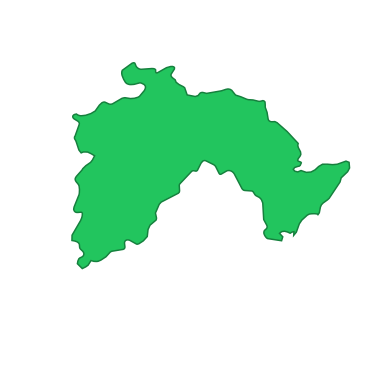 outline of Olomoucký, rotated 111°
{"feature_id": "CZE-10372", "entity_name": "Olomoucký", "entity_type": "Region", "adm_level": 1, "iso_a3": "CZE", "parent_name": "Czechia", "parent_adm1": "", "projection": "robinson", "projection_center": [17.195, 49.847], "detail": "fine", "context": "isolated", "style": "filled", "palette": "green", "viewbox_px": 384, "rotation_deg": 111, "n_neighbors": 0, "source": "natural_earth", "source_scale": "10m", "svg_char_len": 4189}
<svg xmlns="http://www.w3.org/2000/svg" viewBox="0 0 384 384"><g transform="rotate(111 192 192)"><path d="M122.6,56.5L125.3,57.8L129.7,57.4L148.8,61.7L150.8,62.7L155.2,65.6L157.6,66.6L160.1,66.7L165.8,65.7L168.0,66.3L167.6,66.9L168.2,69.4L169.4,72.4L170.5,74.5L172.3,76.1L178.9,79.4L183.3,80.4L192.1,80.2L196.0,81.5L192.5,82.6L193.0,83.5L193.7,84.3L194.5,85.0L195.3,85.6L195.1,88.6L195.5,91.6L196.8,94.0L199.2,95.5L201.3,91.2L205.4,90.9L208.4,104.7L208.2,105.8L207.6,107.0L206.8,108.2L205.8,109.3L204.6,110.2L203.3,110.6L202.0,110.6L199.4,109.3L198.3,109.2L197.2,109.5L196.3,110.2L192.0,115.2L176.9,122.0L174.4,124.3L173.5,125.7L172.9,127.4L172.5,130.9L172.0,132.2L170.1,134.7L169.7,135.5L169.6,136.5L171.7,143.4L171.8,144.5L171.5,145.6L170.9,146.6L159.8,159.2L159.1,160.4L158.6,161.7L158.4,163.1L158.5,164.4L158.9,165.7L159.6,166.9L164.8,171.1L165.3,171.8L165.4,172.5L165.0,173.3L159.7,179.1L159.1,180.2L158.7,181.6L157.9,190.2L158.0,191.3L158.5,192.2L159.3,193.0L161.8,193.9L169.8,194.7L170.7,195.2L171.1,195.8L171.6,198.3L172.0,199.0L172.8,199.7L188.8,206.3L190.1,206.4L195.4,204.0L196.7,203.8L198.0,204.3L212.4,217.1L215.2,218.2L224.7,218.6L229.0,215.8L230.1,215.5L231.1,215.5L238.0,219.3L242.8,219.6L249.6,217.8L255.0,219.9L259.3,223.0L260.2,224.1L260.5,225.1L259.4,232.9L259.6,234.5L260.2,235.8L261.2,236.7L262.5,237.0L263.7,236.8L267.2,235.0L268.2,234.7L269.3,234.9L270.3,235.8L276.1,245.7L277.4,246.8L283.3,249.1L288.3,252.7L290.3,254.8L291.0,256.0L291.9,258.7L292.2,261.7L297.6,262.8L300.0,264.4L302.8,267.0L300.0,273.3L297.3,273.8L295.0,273.7L293.9,273.2L292.1,271.5L291.2,270.9L290.2,270.6L289.2,270.6L288.2,270.9L287.3,271.6L286.5,272.7L285.3,275.6L284.7,276.5L283.9,277.1L281.6,278.2L280.9,278.7L280.3,279.5L279.9,280.6L279.7,281.8L279.8,284.1L280.3,286.7L275.3,288.5L258.8,285.8L255.9,285.7L253.8,285.9L251.5,286.6L250.8,287.1L250.5,287.8L250.8,288.8L252.0,291.2L252.5,292.7L252.5,293.8L252.1,294.8L251.5,295.5L250.7,296.2L249.5,296.5L248.2,296.7L234.8,296.5L233.4,296.8L230.1,297.9L227.7,299.1L226.7,299.7L225.9,300.5L225.0,301.9L224.2,303.4L223.2,304.8L222.1,305.6L221.0,305.9L219.0,305.6L211.0,302.6L209.3,302.3L205.4,300.5L200.7,297.3L197.8,296.4L196.7,296.3L193.1,295.9L192.4,299.7L192.1,303.8L193.6,307.8L195.2,309.5L193.5,312.4L192.9,313.0L186.5,318.2L185.5,319.2L184.6,320.4L183.9,321.0L183.1,321.3L182.5,321.4L181.7,321.2L169.5,321.5L168.2,321.8L167.3,322.7L166.8,323.9L166.0,328.3L165.5,329.4L164.7,330.2L163.8,330.5L163.0,330.3L162.2,329.9L161.6,329.3L160.8,328.1L160.6,327.7L160.8,327.3L161.0,326.2L161.0,324.8L160.7,323.1L158.5,318.8L155.0,314.5L151.1,311.4L144.1,309.6L141.0,308.1L139.9,307.0L139.3,305.7L139.6,301.0L139.4,299.8L138.9,298.8L138.3,297.9L129.6,290.9L128.7,289.6L128.0,288.4L126.8,282.9L125.1,279.3L122.8,276.3L121.5,275.3L114.2,272.8L112.3,272.7L110.7,273.0L109.5,273.9L108.8,275.3L108.5,278.1L108.6,279.2L108.9,280.0L112.3,284.7L113.6,287.5L114.1,289.0L114.2,290.6L114.1,292.0L113.5,293.4L111.3,296.2L108.3,299.0L106.7,300.0L105.0,300.6L103.4,300.7L93.2,294.1L92.3,292.9L92.1,291.8L93.0,290.7L94.2,289.7L95.1,288.6L95.6,287.4L95.9,286.2L96.0,284.9L95.7,283.5L91.1,273.7L90.6,272.1L90.5,270.8L90.9,269.8L93.0,268.9L93.5,268.4L93.5,267.8L93.1,267.0L85.1,260.4L82.5,256.9L81.8,255.2L81.7,253.8L82.2,252.9L83.5,252.5L89.5,253.7L90.6,253.5L91.7,252.5L92.5,250.7L93.3,247.9L95.2,246.2L96.3,242.7L96.8,237.9L97.3,236.2L103.1,231.3L101.7,223.2L99.8,220.9L96.8,219.9L95.9,219.1L95.2,217.7L94.7,213.7L87.0,200.8L84.0,197.1L82.9,195.3L82.5,193.3L82.8,191.4L85.9,186.1L85.6,180.4L85.8,174.0L85.6,172.5L84.2,168.0L83.5,162.6L83.2,161.5L82.6,160.4L81.3,158.6L81.2,157.4L81.8,156.1L85.0,154.6L85.7,154.4L86.9,153.8L90.7,150.5L96.4,147.2L97.3,146.5L97.8,145.7L98.1,144.8L98.0,143.2L97.7,142.4L96.6,139.9L96.8,137.4L101.5,124.8L108.6,110.3L110.7,109.9L112.5,108.6L115.6,105.1L117.8,103.9L119.5,103.9L122.9,104.8L124.6,104.7L125.1,103.9L125.1,101.1L125.6,100.4L128.3,100.5L129.4,101.1L130.3,102.5L132.3,104.9L134.5,105.6L135.7,103.6L135.4,100.5L132.9,97.9L132.7,92.3L130.7,88.1L127.3,85.1L122.8,82.9L119.3,80.1L117.5,75.5L116.1,70.6L114.0,66.3L108.0,59.3L108.0,56.0L113.1,53.5L117.3,54.0L122.6,56.5Z" fill="#22c55e" stroke="#15803d" stroke-width="1.5"/></g></svg>